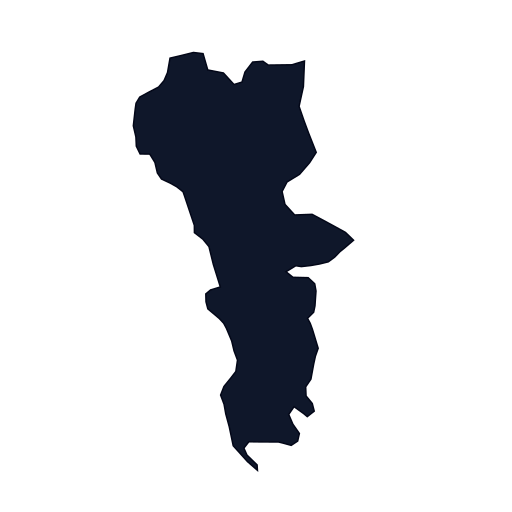 Jangheung-gun, South Jeolla, South Korea, rotated 350°
{"feature_id": "91817680B67324121140218", "entity_name": "Jangheung-gun", "entity_type": "district", "adm_level": 2, "iso_a3": "KOR", "parent_name": "South Korea", "parent_adm1": "South Jeolla", "projection": "natural_earth1", "projection_center": [126.923, 34.646], "detail": "fine", "context": "isolated", "style": "filled", "palette": "ink", "viewbox_px": 512, "rotation_deg": 350, "n_neighbors": 0, "source": "geoboundaries", "source_scale": "gbopen_adm2", "svg_char_len": 1600}
<svg xmlns="http://www.w3.org/2000/svg" viewBox="0 0 512 512"><g transform="rotate(350 256 256)"><path d="M205.7,46.2L200.7,60.0L195.9,67.3L189.4,72.7L179.8,75.7L169.1,79.3L164.4,84.7L162.6,90.2L157.8,106.5L158.4,117.9L157.5,124.9L157.2,127.0L159.6,135.4L169.1,137.2L172.7,146.3L173.3,157.1L176.3,163.8L184.0,169.2L189.9,174.0L195.3,180.1L195.9,183.7L200.6,215.1L199.4,222.3L206.6,230.2L211.3,238.6L212.5,256.8L215.5,280.3L205.4,281.5L200.0,284.6L198.8,292.4L199.4,299.7L209.0,311.2L212.5,316.6L214.3,322.1L217.3,335.4L217.9,345.6L219.7,355.3L216.1,366.2L210.1,371.7L201.8,378.9L197.0,386.8L198.8,396.5L198.8,406.2L200.0,419.5L200.6,438.9L210.6,454.9L211.9,457.0L220.2,467.3L220.8,461.9L212.5,450.4L210.7,443.1L216.7,437.7L226.2,439.5L245.9,443.1L250.0,444.9L257.8,448.6L264.9,445.5L267.9,438.3L263.1,428.0L260.7,417.7L267.3,411.0L275.6,419.5L278.6,423.1L286.4,418.9L285.8,411.0L281.0,402.5L282.2,393.5L288.7,386.8L294.1,372.3L297.1,365.0L301.2,357.7L299.4,342.6L298.8,337.8L297.7,331.7L295.9,326.3L303.0,321.4L305.4,315.4L307.2,308.1L309.0,300.9L309.0,293.6L303.6,286.4L297.6,285.2L288.7,283.4L282.8,276.7L293.5,272.5L298.8,274.3L308.4,274.9L317.3,274.9L326.2,274.3L333.4,270.7L339.3,266.4L344.7,263.4L354.8,257.4L348.2,248.3L336.9,239.2L318.5,224.7L301.2,222.3L293.5,210.2L292.9,197.0L299.4,188.5L313.1,183.1L325.0,173.4L333.3,164.4L329.1,143.8L326.8,131.2L324.4,116.1L332.1,97.4L337.6,72.4L324.5,73.9L301.2,70.1L296.6,65.4L286.4,64.4L277.1,72.9L272.4,82.3L264.1,83.3L255.7,70.1L240.8,64.4L239.0,47.5L229.7,44.7L216.7,45.6L205.7,46.2Z" fill="#0f172a" stroke="#020617" stroke-width="1.5"/></g></svg>